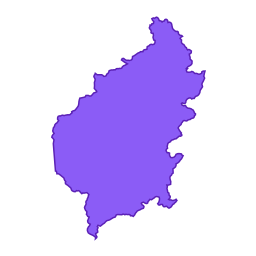 Eldorado, São Paulo, Brazil, rotated 181°
{"feature_id": "56859067B14328004408420", "entity_name": "Eldorado", "entity_type": "district", "adm_level": 2, "iso_a3": "BRA", "parent_name": "Brazil", "parent_adm1": "São Paulo", "projection": "albers", "projection_center": [-48.263, -24.501], "detail": "fine", "context": "isolated", "style": "filled", "palette": "violet", "viewbox_px": 256, "rotation_deg": 181, "n_neighbors": 0, "source": "geoboundaries", "source_scale": "gbopen_adm2", "svg_char_len": 5742}
<svg xmlns="http://www.w3.org/2000/svg" viewBox="0 0 256 256"><g transform="rotate(181 128 128)"><path d="M106.1,237.7L105.3,236.1L104.1,234.9L104.4,232.9L106.0,232.6L106.3,231.4L107.8,231.3L107.8,230.0L108.4,228.9L108.2,227.8L106.8,226.2L106.5,224.8L106.7,223.7L105.7,223.1L104.5,223.1L104.2,220.8L104.6,219.2L103.8,216.4L102.5,216.0L102.5,213.8L103.2,212.4L104.8,211.8L106.3,212.1L107.4,211.7L108.4,210.6L110.2,209.7L110.5,207.0L113.2,206.5L114.1,205.7L114.4,204.6L116.9,204.5L117.8,203.7L119.4,203.1L122.0,201.1L123.7,200.0L124.7,199.6L124.8,198.3L125.2,196.7L126.0,196.0L127.7,195.5L129.1,195.8L130.3,195.6L131.3,195.9L132.2,196.4L133.6,197.5L135.0,197.3L135.7,195.9L132.4,193.6L129.7,192.1L132.1,190.7L133.4,190.2L134.7,189.1L135.3,187.8L136.2,187.4L137.2,187.5L138.3,187.2L139.5,187.2L140.6,187.1L141.9,185.9L143.1,186.0L144.0,185.7L145.0,185.8L146.1,185.6L147.8,185.0L148.3,183.4L149.1,182.1L150.3,181.4L150.6,180.0L151.9,179.3L153.1,179.2L154.2,180.3L155.3,180.8L159.7,180.7L161.7,182.1L162.0,181.0L162.7,180.1L163.0,178.7L161.7,176.3L161.9,174.5L162.4,173.0L162.2,169.5L162.4,167.0L161.2,165.6L160.3,164.8L159.9,163.7L161.6,162.8L162.8,162.5L165.2,159.6L166.7,159.2L168.3,159.9L170.6,159.8L171.2,158.5L172.3,158.0L175.6,157.2L176.6,157.1L177.1,155.6L177.5,153.6L177.6,151.9L177.8,150.4L178.1,149.2L179.0,147.8L180.5,145.8L181.6,144.6L183.3,144.1L184.6,143.3L184.2,142.2L185.3,141.3L186.4,140.2L188.9,140.1L190.4,139.8L192.2,139.3L193.5,139.7L194.7,139.4L195.9,138.8L196.9,138.9L198.0,138.4L198.5,137.4L198.6,135.6L197.5,134.1L199.4,131.6L200.2,131.2L201.2,129.9L201.6,128.2L202.6,126.9L202.9,125.2L203.2,123.8L202.9,122.9L201.8,121.3L203.0,119.9L203.7,118.8L204.0,117.4L203.0,116.5L201.8,114.9L202.4,111.1L199.9,85.2L199.8,83.7L198.8,83.4L198.2,80.9L197.2,81.1L196.1,80.7L194.2,79.3L193.4,78.6L192.3,77.8L191.1,76.7L190.8,75.4L190.2,74.3L189.3,73.3L189.7,72.3L189.5,71.2L188.6,70.5L187.4,69.8L184.3,67.2L183.8,66.3L183.5,65.2L182.8,64.3L181.8,63.8L180.7,63.4L179.3,63.5L178.4,64.5L177.3,64.2L176.3,64.5L175.3,64.0L174.3,62.7L173.0,61.5L172.0,62.3L171.0,62.1L168.0,62.7L166.0,60.9L166.5,59.4L166.7,58.1L167.4,56.8L167.7,55.3L168.7,54.0L168.8,52.8L168.5,51.4L169.0,50.2L169.7,49.0L170.1,47.7L169.7,46.5L168.9,44.8L167.8,43.9L167.7,42.2L168.1,41.0L167.4,40.1L166.7,38.9L165.3,38.3L166.8,34.4L166.4,32.9L165.5,31.9L164.1,31.2L164.8,29.5L165.7,28.7L166.8,26.4L166.8,24.6L165.9,22.5L164.6,21.6L163.7,21.1L161.5,20.2L160.6,19.7L159.4,18.8L158.4,18.0L158.6,16.7L157.4,17.8L157.2,18.8L158.1,20.2L158.5,21.9L157.3,22.6L156.4,23.4L156.7,25.1L157.0,26.1L156.2,27.8L157.0,28.9L156.3,30.2L155.3,29.8L153.9,29.4L151.3,31.6L149.9,32.5L149.0,33.6L147.7,34.9L144.8,35.8L141.2,38.1L139.3,38.7L138.7,39.7L138.2,40.9L136.8,41.3L133.8,41.2L132.5,41.2L131.6,41.8L130.6,41.7L129.6,41.2L128.7,41.7L126.6,41.4L125.5,41.6L124.5,41.3L124.0,40.3L122.3,40.3L121.2,39.7L119.8,41.3L119.3,42.5L118.7,43.4L117.9,44.3L117.3,45.2L116.1,45.8L114.4,46.5L113.2,47.3L111.2,48.0L110.6,49.5L111.2,50.7L112.6,51.5L113.4,53.0L112.5,53.7L111.1,54.1L109.4,53.0L107.9,52.8L107.0,53.4L106.7,54.8L105.8,55.7L105.0,57.0L103.2,56.7L101.8,57.8L100.9,58.3L99.4,59.7L98.2,60.0L96.6,59.7L95.6,59.3L95.3,58.1L95.3,56.6L95.8,54.7L96.3,53.7L97.0,52.9L96.2,51.7L94.9,51.5L93.8,52.2L92.2,52.1L91.8,50.9L91.0,50.0L89.8,49.9L88.9,50.3L87.9,50.4L87.0,49.4L85.6,48.6L83.9,49.5L83.2,50.3L81.9,52.4L80.9,52.8L80.2,53.8L79.1,54.6L78.5,55.5L77.8,56.4L78.7,57.6L79.6,56.9L81.8,56.3L82.8,56.4L83.8,56.9L85.0,56.8L86.1,57.3L85.4,58.1L84.7,58.9L84.6,60.5L85.7,61.5L86.0,63.7L87.1,64.3L87.4,65.9L88.0,68.2L87.6,70.2L88.1,71.6L87.1,71.5L84.4,72.4L84.3,75.2L85.0,77.3L85.3,79.0L84.9,80.5L83.7,81.6L83.2,82.9L82.1,83.7L82.2,85.8L82.4,87.8L81.0,88.9L79.8,90.0L79.3,91.6L79.3,93.1L78.0,93.7L76.9,94.5L76.0,95.5L75.2,96.8L73.9,98.2L72.4,101.3L73.6,101.9L74.1,103.0L76.1,103.3L78.0,103.2L79.5,102.5L80.2,100.9L81.5,99.6L83.4,99.1L84.8,99.3L85.7,100.8L86.1,102.1L86.0,103.6L86.9,104.0L88.4,104.0L89.1,105.1L89.6,106.3L89.1,107.6L88.1,108.4L88.5,110.4L88.1,111.9L88.0,113.0L87.2,114.0L85.2,115.1L84.7,116.2L83.6,116.8L82.3,117.2L81.2,117.9L79.8,118.0L76.6,120.8L75.3,120.7L74.1,121.4L74.2,122.5L75.1,123.1L74.6,124.0L75.6,125.2L76.6,126.6L77.9,128.9L77.3,130.1L76.2,131.4L75.0,132.4L74.7,133.7L73.8,134.7L73.3,135.7L72.1,136.5L70.7,136.2L69.3,136.1L68.4,136.9L67.2,137.4L66.0,137.6L65.2,138.3L63.9,138.9L62.7,139.2L61.9,140.4L61.7,141.6L60.8,142.3L60.8,143.5L61.8,144.1L62.3,145.6L63.3,147.2L64.4,147.7L65.2,148.3L67.0,148.8L68.1,148.8L69.2,149.3L70.1,150.0L70.5,150.9L71.3,151.6L72.5,151.1L74.3,151.8L75.0,153.4L74.2,154.1L72.9,153.5L71.4,153.6L70.7,154.6L70.5,156.3L69.6,157.7L68.4,158.6L67.3,159.1L65.9,159.1L64.8,158.1L63.6,158.7L62.3,158.7L61.7,159.9L60.7,160.9L59.0,161.5L57.8,162.7L56.8,164.6L56.7,165.7L56.4,167.0L54.2,170.5L54.5,171.9L54.9,172.9L54.6,174.2L53.3,176.6L52.9,177.8L52.3,178.9L52.5,180.0L53.2,181.0L52.9,182.1L52.7,183.5L52.0,186.3L53.9,186.2L55.2,185.4L55.3,184.0L57.6,183.0L58.6,183.1L60.3,183.8L62.2,183.7L63.8,185.2L65.2,185.7L66.1,185.1L67.2,184.9L68.4,184.8L70.0,185.0L70.7,186.5L70.4,187.4L69.6,188.4L70.6,188.5L69.0,190.5L67.5,191.2L66.3,192.0L65.2,193.4L65.1,196.1L67.2,198.1L67.1,199.3L67.3,200.4L67.8,201.6L68.0,203.0L67.0,203.4L66.1,204.3L66.0,206.1L67.4,207.1L68.5,207.6L69.8,207.1L70.6,208.2L71.0,209.3L72.1,210.0L73.6,212.4L74.9,213.0L76.0,214.2L76.1,215.3L76.0,216.9L77.5,218.4L76.7,219.7L75.1,220.6L75.9,221.4L77.8,221.7L79.2,223.1L79.4,224.8L80.4,225.5L82.0,225.4L84.2,227.1L85.2,228.4L85.8,230.8L86.2,232.8L87.0,234.0L88.3,234.6L89.9,234.2L90.2,236.0L90.9,237.0L91.9,237.4L93.0,237.0L93.7,235.6L95.0,235.3L95.8,234.6L96.7,235.5L98.6,235.9L99.2,237.4L100.3,238.9L101.6,239.3L103.4,238.2L104.6,238.5L106.1,237.7Z" fill="#8b5cf6" stroke="#5b21b6" stroke-width="1.5"/></g></svg>